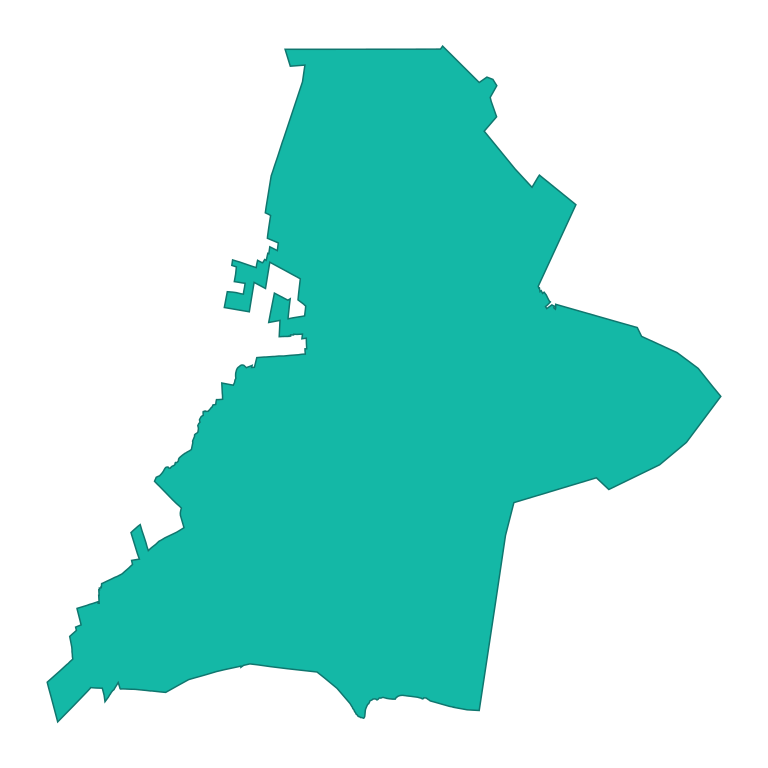 outline of Villa de Arriaga, San Luis Potosí, Mexico
{"feature_id": "50627088B85978668916883", "entity_name": "Villa de Arriaga", "entity_type": "district", "adm_level": 2, "iso_a3": "MEX", "parent_name": "Mexico", "parent_adm1": "San Luis Potosí", "projection": "equal_earth", "projection_center": [-101.343, 21.982], "detail": "fine", "context": "isolated", "style": "filled", "palette": "teal", "viewbox_px": 768, "rotation_deg": 0, "n_neighbors": 0, "source": "geoboundaries", "source_scale": "gbopen_adm2", "svg_char_len": 5959}
<svg xmlns="http://www.w3.org/2000/svg" viewBox="0 0 768 768"><path d="M467.1,709.8L479.2,710.5L495.4,603.4L505.5,535.4L513.9,502.6L596.4,477.8L608.8,489.5L659.6,464.8L686.4,442.4L720.8,396.4L712.4,386.2L698.2,368.4L677.2,352.7L641.6,336.4L637.3,327.6L555.7,304.3L555.7,307.7L555.4,309.2L553.8,307.8L554.6,306.2L552.6,305.4L551.9,304.9L546.8,308.6L545.5,306.6L547.6,304.8L550.9,301.4L550.0,302.2L548.8,300.1L547.6,297.8L546.2,294.9L544.1,292.2L542.6,293.4L541.2,290.7L540.0,291.6L539.4,287.9L538.8,288.1L538.2,286.3L575.9,204.7L539.4,175.1L537.7,177.7L532.0,187.3L515.0,168.9L484.2,131.2L496.6,116.8L491.2,101.4L490.2,97.4L496.8,85.7L492.9,79.4L486.9,77.1L479.2,82.5L442.6,46.1L440.5,49.1L411.0,49.2L320.6,49.3L306.0,49.3L285.1,49.3L290.3,66.2L304.9,65.1L302.5,81.8L283.4,139.2L282.5,141.6L280.9,146.6L277.7,156.5L274.3,166.5L272.8,171.2L271.2,175.8L266.1,207.2L265.3,212.8L268.7,214.4L270.6,215.5L268.6,228.7L267.7,235.3L267.5,237.0L267.4,238.3L278.3,242.9L277.3,250.6L275.4,249.6L269.8,246.8L268.8,253.7L267.8,253.3L266.3,260.1L266.2,260.4L264.7,259.5L262.8,262.6L262.3,262.8L259.6,261.4L257.6,260.3L256.7,264.3L256.2,267.6L251.5,266.1L239.6,262.0L236.8,261.2L232.6,259.9L231.8,265.4L236.4,266.9L235.6,274.3L234.3,281.6L238.2,282.2L242.1,282.9L245.1,283.3L244.5,287.4L243.7,291.6L243.4,294.1L241.1,293.8L236.2,292.6L232.5,292.1L227.3,291.7L224.3,307.5L249.3,311.8L250.4,304.9L254.1,282.4L265.5,288.5L269.8,262.2L300.3,278.8L298.6,293.6L298.0,299.9L303.6,304.1L304.7,305.2L305.7,306.0L305.4,309.4L304.6,315.9L302.5,316.3L299.3,316.8L293.1,317.8L288.1,318.8L288.1,317.7L289.4,305.3L290.2,298.8L287.9,300.2L274.4,293.1L270.6,312.4L268.7,322.5L280.0,320.4L279.2,336.7L283.1,336.5L288.9,336.4L288.9,336.1L290.6,336.1L290.6,334.9L293.6,334.9L293.7,334.2L296.9,334.4L302.5,334.1L301.9,338.8L306.3,338.2L306.4,343.1L306.6,346.6L306.7,348.8L305.0,348.8L305.0,350.4L305.3,354.1L302.4,354.2L300.0,354.5L298.2,354.8L296.4,354.9L289.6,355.4L284.0,356.0L279.0,356.0L274.2,356.5L272.7,356.5L266.0,357.0L264.4,357.0L256.8,357.6L254.4,367.3L251.6,367.5L252.1,365.4L250.0,366.3L247.5,367.2L246.4,367.7L243.8,365.3L242.5,365.0L241.7,365.0L240.4,365.5L239.7,366.2L238.1,367.4L237.4,368.2L237.1,368.7L236.5,370.0L236.2,371.2L235.7,373.1L235.6,374.9L235.6,376.3L235.8,377.8L235.8,378.6L235.4,379.2L235.0,380.0L234.6,382.2L234.1,383.6L233.4,384.6L233.3,385.2L221.8,383.0L222.3,393.3L222.5,395.3L222.6,399.1L222.6,399.3L218.3,399.6L216.5,399.6L216.1,401.4L215.7,404.5L213.0,404.9L212.1,407.0L211.4,407.4L209.7,409.6L208.4,410.9L208.2,411.3L205.4,411.4L205.2,411.0L204.3,411.2L204.3,411.5L203.2,411.6L203.1,412.4L203.2,415.4L202.0,416.0L201.1,416.7L199.5,419.6L199.6,420.7L200.0,422.2L198.7,423.7L197.8,425.6L198.4,428.0L198.3,429.6L197.9,432.1L196.8,433.2L195.5,433.9L194.6,434.8L194.5,436.5L193.2,439.6L192.6,441.2L192.8,442.8L192.2,445.6L191.4,449.5L189.7,450.7L187.8,451.7L187.2,452.0L185.4,453.2L185.1,453.2L183.6,454.3L182.5,455.1L181.3,456.1L180.0,457.2L179.2,458.0L178.6,459.1L178.3,461.0L177.5,462.0L176.6,462.7L175.8,462.4L175.1,463.0L175.0,464.5L173.9,465.5L172.2,466.2L171.0,467.2L170.2,468.2L168.9,468.1L168.0,467.0L166.2,467.2L165.4,467.8L164.5,469.1L163.5,471.0L162.5,472.5L161.2,474.1L159.6,475.8L157.6,476.6L156.2,477.3L155.4,479.3L154.9,480.3L154.5,481.3L157.4,484.3L159.3,486.1L169.5,496.6L172.8,500.0L176.5,503.6L179.6,506.3L181.4,508.1L181.0,509.4L180.6,511.1L180.3,513.0L180.4,515.3L184.0,527.7L179.2,530.7L176.5,532.3L164.8,537.9L161.4,540.0L158.9,541.3L155.8,544.3L151.3,547.8L148.3,550.6L146.9,546.3L146.0,542.9L144.1,537.0L142.0,530.8L140.2,524.6L137.7,526.5L135.8,528.2L134.3,529.5L132.2,531.4L131.7,532.0L131.0,532.5L131.5,534.4L133.1,539.6L137.4,553.6L139.4,559.1L131.6,560.4L132.5,564.5L130.6,566.2L128.9,567.9L126.6,569.9L125.4,570.9L122.5,573.5L121.7,574.1L116.6,576.7L116.2,576.8L114.7,577.4L111.1,579.2L107.0,581.1L102.5,583.3L102.0,583.4L101.6,583.7L101.4,586.8L101.0,586.8L101.0,587.8L99.3,588.1L99.5,589.8L98.8,589.8L99.1,595.3L98.7,595.3L99.2,603.3L98.1,603.3L98.0,601.7L92.4,603.6L89.5,604.4L86.9,605.4L77.0,608.4L77.0,608.6L80.1,620.8L81.1,624.9L75.6,627.1L76.4,630.4L69.7,636.4L71.4,645.1L71.8,647.2L72.0,649.7L72.0,651.8L72.3,654.1L72.4,656.6L72.8,659.1L70.0,661.6L68.1,663.6L66.9,664.5L59.6,671.2L47.2,682.2L48.5,687.4L51.1,696.9L54.2,708.6L57.7,721.9L73.7,705.6L87.3,691.5L90.6,687.9L90.6,687.6L96.0,688.0L102.3,688.2L104.1,695.2L105.0,701.7L108.4,697.1L109.9,694.5L110.4,694.0L111.2,692.5L112.1,691.4L112.7,690.6L113.6,690.0L114.1,689.4L114.9,687.9L117.0,684.6L118.2,682.5L118.5,683.4L119.4,686.3L120.0,688.4L120.4,689.0L123.1,688.9L125.7,689.0L129.8,689.2L134.6,689.3L134.9,689.3L146.8,690.5L150.9,691.0L151.4,690.9L160.3,691.9L165.7,692.4L178.7,685.1L188.7,679.6L195.6,677.6L200.7,676.2L207.3,674.3L216.7,671.5L220.2,670.7L224.3,669.7L237.4,666.9L240.8,666.1L240.9,667.3L242.1,666.4L242.7,666.1L243.4,665.4L249.9,663.9L257.5,664.8L270.2,666.6L287.3,668.7L317.0,672.0L324.3,677.8L337.0,688.3L350.1,703.6L351.6,706.2L352.2,706.9L352.6,708.0L353.0,708.8L353.5,709.3L354.1,710.2L354.3,710.7L354.5,711.4L355.1,712.2L355.6,712.8L356.1,714.1L357.4,715.1L358.0,716.2L358.7,716.6L359.6,716.7L360.2,717.3L360.7,717.6L361.4,717.5L363.7,718.2L364.2,717.7L364.7,716.6L364.9,715.1L365.3,710.6L365.5,709.5L366.0,708.1L366.8,706.2L367.3,705.1L367.9,704.2L368.6,703.8L368.8,703.3L369.2,702.9L369.9,700.9L372.2,699.8L372.7,699.2L374.3,698.9L375.5,699.0L376.1,699.2L376.2,699.4L376.6,699.8L377.4,699.8L378.2,699.2L378.9,698.3L379.7,697.9L380.7,698.1L381.5,697.9L382.2,697.5L383.2,697.4L385.4,698.0L386.0,698.1L386.3,698.3L386.9,698.4L389.4,698.8L392.4,699.1L395.3,699.1L396.3,697.4L397.0,697.1L397.9,696.3L399.5,695.7L400.9,695.4L403.2,695.3L403.8,695.5L405.2,695.6L407.0,695.9L411.5,696.4L412.8,696.6L417.5,697.2L418.5,697.5L421.6,698.3L422.2,698.9L423.4,698.6L423.9,697.8L426.2,698.0L427.9,699.3L429.4,700.2L430.2,700.9L433.8,701.9L434.9,702.2L449.6,706.4L453.6,707.1L453.5,707.3L467.1,709.8Z" fill="#14b8a6" stroke="#0f766e" stroke-width="1.5"/></svg>